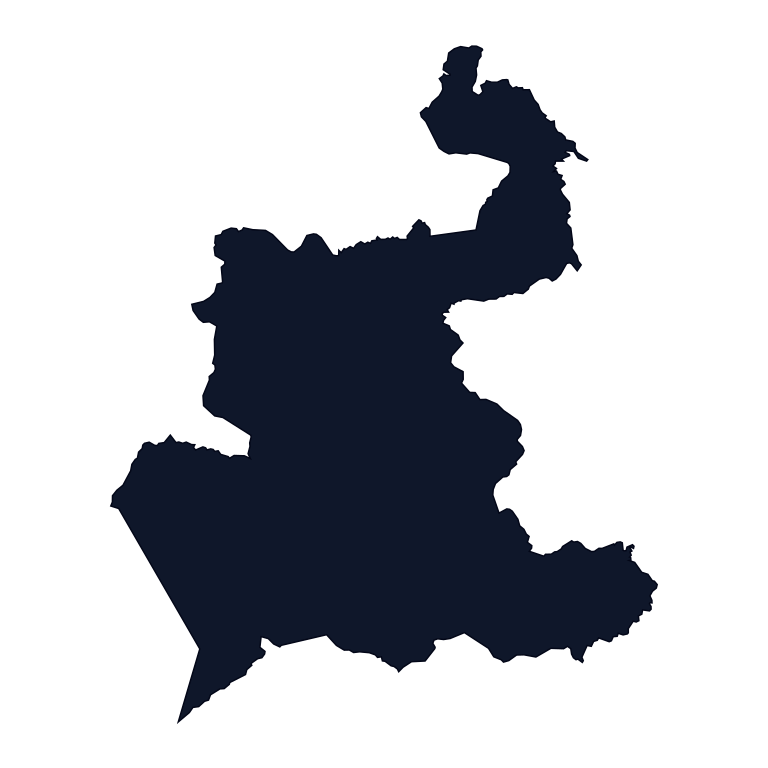 Cohetzala, Puebla, Mexico
{"feature_id": "50627088B88893827889923", "entity_name": "Cohetzala", "entity_type": "district", "adm_level": 2, "iso_a3": "MEX", "parent_name": "Mexico", "parent_adm1": "Puebla", "projection": "mercator", "projection_center": [-98.761, 18.209], "detail": "fine", "context": "isolated", "style": "filled", "palette": "ink", "viewbox_px": 768, "rotation_deg": 0, "n_neighbors": 0, "source": "geoboundaries", "source_scale": "gbopen_adm2", "svg_char_len": 6084}
<svg xmlns="http://www.w3.org/2000/svg" viewBox="0 0 768 768"><path d="M118.7,508.5L199.8,648.9L178.3,721.9L189.4,712.5L192.9,707.4L198.7,706.6L204.5,701.3L208.5,700.1L210.5,694.8L219.9,688.9L224.2,688.6L229.3,684.3L229.8,682.5L245.5,674.5L246.8,669.6L251.8,665.3L251.0,663.8L251.8,662.9L257.6,658.7L261.9,657.7L264.6,654.0L265.0,651.4L259.9,647.3L261.1,636.6L268.3,638.6L273.7,644.0L279.8,646.9L281.3,645.3L326.6,634.7L336.4,645.4L344.2,650.1L349.3,650.0L353.6,652.5L359.6,651.8L369.3,652.7L375.4,654.9L377.5,657.4L381.4,656.8L382.4,660.9L385.1,661.3L391.1,665.8L394.1,666.5L397.4,669.0L398.7,671.7L403.1,667.2L411.5,661.7L425.1,661.0L434.8,648.6L435.1,647.2L432.8,643.3L434.0,640.1L437.7,638.8L443.6,639.5L450.1,638.5L464.4,632.6L488.5,648.3L493.8,656.8L501.3,659.8L503.5,662.1L508.8,660.6L516.6,655.0L524.0,654.8L535.9,657.0L550.9,648.3L563.6,648.7L567.5,646.3L570.8,648.7L571.6,654.1L573.4,657.7L576.0,659.7L577.9,659.1L582.3,662.4L583.3,660.7L581.9,657.2L587.1,645.5L591.3,646.3L593.6,641.4L597.3,640.3L598.6,637.9L609.2,641.7L611.4,640.8L613.2,636.7L617.2,636.3L618.2,633.3L623.1,634.9L627.4,633.9L628.3,632.8L628.3,628.6L633.2,621.2L636.2,622.0L638.9,620.7L638.4,615.9L641.8,614.2L642.6,609.9L649.5,610.9L651.1,609.2L651.0,606.4L649.4,603.8L650.1,602.7L652.0,602.9L651.9,600.3L649.9,595.8L652.5,591.2L656.3,588.1L657.2,584.6L654.4,581.2L652.3,580.7L647.9,574.3L641.7,572.3L634.7,562.4L629.3,560.5L630.9,560.2L630.7,557.7L629.5,557.1L631.2,555.2L630.0,552.0L631.9,551.0L629.7,547.5L630.8,547.0L633.5,548.4L634.0,546.2L632.5,544.7L627.0,547.1L626.1,550.6L624.3,550.9L623.1,550.3L622.3,542.8L620.3,541.9L616.9,542.4L614.4,545.2L613.8,543.9L602.1,548.4L598.9,548.3L594.4,551.4L591.5,551.6L585.3,548.5L580.8,543.4L577.5,541.5L573.7,542.1L571.7,540.8L562.6,546.5L561.3,548.9L557.2,551.6L554.6,551.9L551.3,554.2L545.5,554.3L543.8,556.2L529.3,551.3L531.6,548.1L531.8,545.6L527.4,542.3L529.1,536.4L526.3,534.1L523.9,529.3L519.7,525.8L517.9,519.3L512.3,511.2L509.6,509.3L506.8,508.9L499.0,513.1L492.8,495.1L493.2,489.5L495.5,483.5L502.8,477.0L506.7,476.5L508.9,474.8L510.2,469.6L516.6,464.1L515.7,461.8L522.5,454.4L524.1,450.6L522.4,446.5L517.3,441.2L517.3,439.3L520.5,435.5L521.5,429.6L520.4,424.5L517.6,420.4L503.6,410.6L497.0,404.1L486.0,399.4L479.9,399.6L475.2,392.6L469.7,392.4L461.5,383.1L463.2,379.4L463.1,371.7L453.9,366.8L450.6,362.7L451.6,355.9L463.0,343.0L459.9,339.8L458.2,335.1L450.4,329.5L449.3,325.9L442.9,323.2L443.5,320.4L445.7,317.6L442.3,315.2L442.2,313.5L444.0,312.2L448.6,312.1L447.2,309.6L449.6,307.7L451.1,303.2L454.0,304.2L454.1,303.1L458.5,300.7L460.9,301.1L461.3,299.8L467.4,298.7L483.8,301.1L488.8,299.1L496.1,299.0L499.4,296.5L503.9,296.4L507.2,293.9L512.2,294.3L513.9,292.5L522.9,293.5L528.3,289.1L529.4,286.1L539.3,279.1L546.1,277.5L549.0,278.2L552.2,281.0L555.9,279.1L560.5,274.3L566.6,263.5L569.3,262.8L571.5,263.7L577.2,270.8L581.2,264.9L578.3,261.2L576.9,255.6L571.7,248.2L572.9,244.7L570.8,228.0L566.5,223.3L567.1,218.9L570.0,216.5L569.6,215.2L566.8,213.7L570.1,209.9L569.3,202.4L562.5,194.2L560.3,189.8L560.5,188.5L565.2,184.2L563.9,181.5L560.7,179.3L562.1,175.5L558.0,174.3L556.5,171.0L553.5,171.6L556.5,168.5L552.9,166.0L555.1,163.8L555.5,161.1L563.4,161.1L561.5,159.1L569.7,155.6L569.4,154.3L565.0,152.3L566.4,150.7L573.9,151.5L578.4,158.3L586.6,161.1L587.8,159.6L577.2,152.5L575.0,148.0L575.2,143.3L572.9,141.4L565.7,139.9L564.9,136.9L561.3,133.5L557.5,132.0L554.7,127.2L554.2,121.0L550.6,121.8L545.6,118.5L545.0,117.4L546.2,115.8L542.1,112.8L540.0,109.7L538.1,104.4L534.2,100.0L529.4,89.7L523.2,89.8L522.4,87.7L518.2,87.9L516.4,86.8L512.6,88.4L509.1,84.4L507.8,79.9L506.7,79.6L502.3,79.9L497.4,82.2L491.5,82.2L486.5,80.7L485.2,83.2L480.8,85.4L482.9,91.7L479.8,94.8L478.0,95.2L472.2,91.5L472.0,87.1L475.3,81.4L476.6,75.0L476.0,68.1L477.4,65.9L478.2,60.0L481.0,56.2L480.8,51.9L482.6,49.9L482.0,48.7L476.6,46.2L471.8,46.1L468.9,48.0L460.6,46.6L454.3,48.8L448.7,53.0L447.4,61.2L444.0,64.0L443.2,69.7L450.2,74.3L450.0,75.3L446.1,75.5L443.9,73.9L442.9,76.0L439.3,78.6L442.2,83.1L442.8,89.1L441.8,91.6L439.1,96.1L432.2,102.2L428.9,108.5L426.1,107.6L420.4,112.7L421.4,116.8L425.8,121.4L439.2,148.0L444.0,151.4L449.0,153.9L455.8,152.8L466.7,154.1L470.0,152.9L478.1,153.6L507.5,162.5L509.0,163.8L510.2,166.4L510.0,172.4L507.9,175.9L501.6,181.1L498.3,187.9L493.1,189.8L492.4,196.0L487.7,198.2L486.8,199.9L487.3,201.4L485.7,202.3L485.4,204.3L483.1,205.5L480.0,210.7L476.0,230.0L430.0,236.3L429.9,229.6L428.3,227.2L425.3,224.6L424.6,222.6L422.2,223.2L421.0,220.8L418.9,219.8L412.6,226.4L413.7,227.9L407.1,236.1L407.5,238.6L406.5,239.5L399.5,239.5L397.2,237.4L394.6,238.5L392.7,237.0L390.1,239.3L388.0,238.0L385.4,239.3L380.7,239.4L377.5,236.7L376.4,238.5L377.2,240.0L371.8,240.8L370.5,243.4L367.8,242.2L364.8,244.0L360.8,241.7L356.2,244.6L353.6,248.3L350.1,246.6L346.1,249.4L344.1,248.6L341.2,252.7L338.8,250.3L338.7,255.6L336.4,255.8L332.7,255.0L321.1,237.7L316.4,234.3L313.5,233.9L306.9,235.5L301.4,246.2L294.1,252.0L291.2,251.9L287.6,250.0L272.5,234.6L265.5,230.4L252.7,229.7L243.6,227.8L242.1,230.0L238.5,231.6L236.4,228.7L231.1,228.1L222.9,231.3L221.2,234.6L215.5,236.0L214.8,243.1L216.0,245.0L214.1,247.5L215.2,255.5L224.9,261.1L224.8,264.2L221.3,267.2L222.6,281.9L222.0,283.0L217.1,284.1L214.8,292.4L210.0,297.4L203.6,301.4L191.8,304.3L193.1,310.5L199.1,319.1L203.3,322.3L209.5,321.8L216.8,326.0L214.4,339.4L214.7,355.1L212.7,363.3L214.9,365.0L215.4,369.2L213.9,372.6L209.2,376.5L209.4,380.1L203.0,395.7L203.6,405.7L214.7,415.9L222.9,417.5L250.7,435.1L251.2,436.9L249.7,442.9L250.0,446.3L248.1,453.7L250.4,458.6L244.4,455.8L234.1,455.5L229.5,458.3L228.2,456.6L220.7,454.4L218.2,450.8L214.7,451.4L213.2,449.5L210.7,448.9L206.9,449.9L205.6,447.8L202.9,446.9L195.6,450.0L193.5,447.5L194.8,444.7L191.6,444.6L186.2,442.1L182.7,443.3L178.8,442.0L176.0,442.6L170.3,435.1L164.2,442.6L158.8,443.4L157.4,445.5L154.8,445.4L149.2,442.2L144.5,443.3L142.8,445.1L142.2,448.6L138.6,452.1L137.4,458.2L135.3,459.4L131.9,464.3L130.7,470.8L123.0,485.2L116.9,490.2L112.5,495.7L112.4,502.0L110.8,506.0L118.7,508.5Z" fill="#0f172a" stroke="#020617" stroke-width="1.5"/></svg>